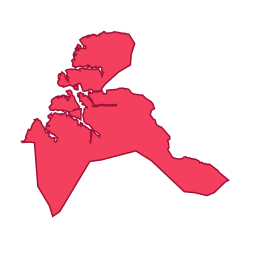 outline of Sør-Varanger nor, Finnmark, Norway, rotated 275°
{"feature_id": "86288312B98224162040661", "entity_name": "Sør-Varanger nor", "entity_type": "district", "adm_level": 2, "iso_a3": "NOR", "parent_name": "Norway", "parent_adm1": "Finnmark", "projection": "mercator", "projection_center": [30.163, 69.519], "detail": "fine", "context": "isolated", "style": "filled", "palette": "rose", "viewbox_px": 256, "rotation_deg": 275, "n_neighbors": 0, "source": "geoboundaries", "source_scale": "gbopen_adm2", "svg_char_len": 5746}
<svg xmlns="http://www.w3.org/2000/svg" viewBox="0 0 256 256"><g transform="rotate(275 128 128)"><path d="M33.4,60.7L38.7,67.2L91.3,92.8L94.0,104.5L105.9,137.7L97.5,154.2L69.5,189.6L69.4,200.3L67.6,212.6L71.2,219.5L83.1,229.9L84.7,232.8L91.9,222.3L93.2,221.5L99.1,212.2L98.4,210.0L99.2,209.3L99.0,207.1L100.3,203.8L99.6,202.4L101.2,201.6L102.5,198.8L102.9,196.9L102.6,196.0L103.0,195.2L102.8,193.3L103.6,192.6L103.3,191.1L104.3,187.7L103.8,186.2L102.5,185.2L101.6,182.6L101.6,178.9L102.5,175.0L110.2,169.3L111.7,170.4L116.7,169.7L119.4,168.3L120.0,170.1L120.8,170.6L123.0,170.4L131.8,161.2L132.0,159.5L133.8,156.0L138.5,154.2L139.1,152.4L143.1,149.0L147.6,149.9L149.6,152.7L154.4,150.5L156.3,148.6L159.2,142.9L162.1,139.6L161.9,137.6L162.4,130.4L163.4,128.2L166.5,125.5L167.1,122.2L166.8,121.1L167.3,119.6L166.7,115.5L165.4,113.2L165.2,111.1L164.8,110.5L164.5,107.1L163.7,103.6L160.4,103.7L159.9,100.5L163.2,98.8L161.7,96.3L160.7,90.2L159.1,88.0L159.3,86.2L159.8,87.6L160.8,87.0L159.8,85.6L156.2,85.9L153.1,89.3L148.4,91.9L147.7,93.3L148.5,97.9L149.1,99.0L149.3,107.0L150.4,114.5L149.2,114.2L148.6,109.8L148.7,107.7L147.8,107.1L148.5,107.3L148.1,103.9L148.5,101.7L148.1,100.3L148.6,99.1L147.7,97.7L147.8,96.7L147.0,96.7L146.9,95.8L147.4,95.6L146.6,94.7L146.3,93.0L146.8,92.6L146.3,90.9L146.9,90.7L147.4,92.1L148.6,91.8L156.4,84.0L156.9,82.3L155.6,80.8L158.2,80.5L158.1,79.6L159.3,77.5L157.8,74.8L156.7,75.6L156.5,76.8L155.8,76.5L156.0,75.3L155.8,75.0L154.7,75.8L155.6,76.3L155.2,77.0L150.3,77.8L150.7,79.4L148.5,81.2L147.8,80.2L147.2,81.2L147.3,82.3L145.3,85.6L144.7,85.6L145.2,84.7L144.9,84.1L143.0,82.6L139.7,82.9L137.6,81.8L130.6,83.7L128.7,85.8L127.8,89.2L122.6,94.0L120.6,98.6L118.6,100.7L116.9,100.4L117.7,100.0L117.2,99.5L119.9,95.4L123.2,92.9L120.5,91.8L118.3,92.5L110.1,91.9L110.8,91.1L113.3,92.0L120.4,91.1L123.2,92.0L122.7,90.4L124.7,87.5L124.9,85.9L125.7,86.0L126.9,82.9L126.1,81.3L128.4,82.3L129.2,80.4L127.6,80.7L127.9,80.0L126.9,79.6L126.4,78.2L130.8,77.2L131.4,75.4L132.1,75.9L131.4,73.8L134.4,69.9L134.2,69.0L135.4,69.3L136.5,67.8L134.3,65.8L137.8,64.7L137.7,63.6L136.0,62.1L136.6,60.9L134.9,59.9L136.1,59.0L135.9,57.2L136.7,54.0L134.4,51.5L133.6,51.6L134.7,49.9L135.5,50.1L133.1,47.3L131.1,47.9L131.1,50.4L127.5,48.9L125.4,46.6L124.1,47.2L123.0,50.3L123.3,46.5L120.1,46.2L118.3,47.9L117.9,48.7L118.3,49.8L117.3,49.8L116.7,51.7L115.7,51.9L115.2,54.1L115.6,54.5L114.1,55.5L114.1,56.4L113.2,57.3L112.2,57.4L112.0,58.8L107.8,57.7L107.7,56.5L108.1,55.9L111.7,56.1L111.9,54.5L111.0,52.9L112.7,51.4L112.7,50.1L115.8,49.7L116.8,47.9L116.1,47.0L116.4,46.4L122.0,43.9L122.4,42.7L126.3,40.7L127.8,39.4L128.0,38.0L129.3,37.3L129.2,36.2L127.8,35.4L128.4,34.9L128.2,34.0L126.9,34.7L123.4,32.5L117.2,30.9L118.0,29.0L109.8,26.8L108.9,27.5L104.5,24.5L105.4,31.0L105.3,36.1L61.9,43.3L43.7,56.5L33.4,60.7ZM175.4,54.4L173.0,54.0L172.0,55.4L171.1,54.4L170.1,55.6L168.6,54.2L166.2,54.2L164.4,55.9L163.9,57.4L164.1,59.7L163.1,60.0L165.9,66.9L165.0,68.2L164.9,69.5L167.3,73.7L166.9,74.2L168.1,75.2L167.7,75.7L168.1,76.8L160.9,80.0L160.9,81.7L161.9,84.3L161.5,85.1L163.2,86.5L162.9,87.2L163.2,88.5L161.5,90.0L162.5,95.8L161.9,96.1L163.5,98.7L164.7,98.2L169.9,101.6L183.1,113.9L191.0,124.9L201.7,124.8L212.7,127.3L221.5,120.7L221.5,118.2L222.0,117.5L221.8,116.4L222.1,114.4L221.4,113.3L222.2,112.2L222.6,105.9L221.1,102.7L220.9,99.7L220.3,98.3L221.1,96.8L222.0,97.1L221.7,96.8L221.9,95.3L219.9,93.7L220.1,93.0L219.3,91.7L218.0,91.5L218.6,91.1L216.8,88.7L218.0,87.7L217.8,86.7L218.2,85.8L217.6,85.4L218.1,84.8L218.0,84.1L216.7,83.2L216.4,81.2L217.0,81.4L216.7,80.3L215.9,80.9L216.3,79.6L215.7,78.6L215.1,79.1L215.3,77.4L214.4,76.7L214.5,75.5L211.5,72.3L205.7,76.9L205.9,77.3L205.2,77.1L205.6,78.8L203.7,78.9L203.1,78.5L203.7,76.1L203.1,74.7L203.2,74.1L205.7,73.7L205.5,72.8L206.8,71.6L206.8,70.7L203.5,69.6L203.5,70.5L202.2,70.5L204.0,71.7L202.1,71.4L203.0,72.7L201.8,72.8L200.6,71.1L203.2,69.3L202.2,68.5L200.4,69.6L199.0,67.9L196.0,67.1L195.5,67.4L197.1,69.1L197.2,70.2L195.4,69.5L195.4,68.4L194.1,67.8L190.0,69.4L192.1,67.8L190.4,66.0L187.2,67.6L185.4,67.1L185.8,67.4L184.6,67.9L184.7,70.7L183.8,69.1L183.9,70.8L185.4,74.4L185.3,77.2L184.8,77.5L185.1,78.1L184.9,79.4L186.7,81.3L187.3,83.1L186.5,84.3L185.6,82.4L185.1,82.1L184.9,83.0L185.7,84.1L184.9,86.9L185.1,87.9L185.9,90.3L186.5,90.2L186.5,90.3L185.3,90.6L185.8,92.5L185.5,93.8L186.6,94.8L185.7,96.6L182.1,97.1L181.1,98.7L179.5,97.7L176.3,97.9L180.4,96.6L184.4,93.2L183.4,90.1L183.7,86.6L183.0,86.4L183.3,85.5L183.0,83.4L183.5,81.7L183.0,81.4L183.4,80.2L182.9,78.5L183.6,77.3L183.2,74.9L181.3,75.0L181.9,74.6L181.5,72.1L182.2,70.8L181.7,69.6L181.9,68.2L181.2,67.0L181.7,66.6L181.6,65.4L180.5,61.6L179.6,61.0L177.2,62.8L175.2,62.2L173.6,63.7L173.8,62.4L172.8,62.3L170.9,64.3L167.9,65.1L170.6,63.9L170.6,62.5L176.3,59.8L178.0,57.2L175.1,56.3L176.1,55.5L175.4,54.4ZM145.8,50.4L141.8,47.6L139.2,49.1L139.1,52.3L140.1,54.3L139.2,56.7L139.9,58.3L140.0,61.8L139.0,61.6L139.9,64.2L139.2,64.8L139.0,68.4L138.5,67.4L137.0,67.9L135.0,70.6L134.4,74.4L133.8,75.3L134.1,76.3L132.0,80.3L143.2,79.6L142.5,76.5L141.8,75.3L142.0,74.7L140.3,71.9L140.5,71.6L141.7,72.6L142.7,76.7L144.9,77.8L150.6,73.2L155.0,71.3L155.5,69.8L159.4,68.6L160.7,66.8L159.3,63.2L158.8,63.4L159.0,64.2L155.9,65.5L155.8,66.9L155.1,67.7L154.2,67.5L154.0,66.3L152.3,66.9L150.7,66.1L150.2,65.2L153.8,64.8L153.8,63.6L153.0,63.6L152.8,62.7L154.0,63.0L154.4,64.5L154.6,63.2L154.3,62.0L155.0,62.0L155.2,61.0L154.6,59.9L152.7,59.5L153.0,58.5L154.0,58.3L153.3,57.8L153.2,56.8L153.9,56.2L153.4,55.3L151.1,56.6L153.0,53.9L149.8,49.9L147.7,49.2L145.8,50.4ZM163.9,70.1L162.0,71.5L162.4,73.2L161.5,73.3L161.7,74.8L166.2,74.3L163.9,70.1ZM104.6,24.4L105.0,24.5L105.7,23.8L105.4,23.2L104.6,24.4Z" fill="#f43f5e" stroke="#9f1239" stroke-width="1.5"/></g></svg>